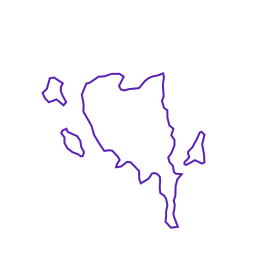 Culebra, Puerto Rico (Natural Earth projection), rotated 210°
{"feature_id": "32010507B36782575213222", "entity_name": "Culebra", "entity_type": "district", "adm_level": 2, "iso_a3": "PRI", "parent_name": "Puerto Rico", "parent_adm1": "", "projection": "natural_earth1", "projection_center": [-65.293, 18.314], "detail": "fine", "context": "isolated", "style": "outline", "palette": "violet", "viewbox_px": 256, "rotation_deg": 210, "n_neighbors": 0, "source": "geoboundaries", "source_scale": "gbopen_adm2", "svg_char_len": 2481}
<svg xmlns="http://www.w3.org/2000/svg" viewBox="0 0 256 256"><g transform="rotate(210 128 128)"><path d="M35.4,67.4L38.3,69.7L39.8,70.9L41.0,71.9L42.7,73.2L45.9,76.4L47.4,81.2L49.2,85.0L52.0,87.9L52.5,90.1L53.2,93.2L57.7,101.5L59.6,108.0L58.4,114.8L59.1,114.5L60.4,113.9L63.8,112.3L65.9,112.8L66.2,112.9L66.9,113.6L70.2,117.7L71.4,118.1L73.9,118.9L75.1,119.3L78.4,122.6L77.9,127.5L77.9,127.8L79.0,136.1L81.7,140.8L86.7,143.3L86.8,143.3L86.9,143.6L88.3,150.0L88.9,150.2L93.4,150.9L98.1,155.7L98.8,156.4L102.6,162.6L102.8,163.0L103.9,163.1L106.8,163.4L112.2,168.5L112.9,173.2L119.4,182.9L122.5,190.4L122.9,190.8L123.9,191.8L124.9,192.9L128.3,188.6L129.2,187.8L131.9,185.5L134.9,181.8L136.4,178.3L136.5,178.0L136.8,177.3L138.4,168.1L139.3,167.4L140.1,166.8L141.0,166.2L146.4,162.3L150.0,158.7L153.3,157.8L156.8,159.9L157.0,164.0L157.3,169.0L157.4,170.3L161.9,170.6L162.6,170.6L169.2,166.7L174.3,160.9L177.8,158.6L178.9,157.9L179.1,157.8L183.8,148.0L185.2,146.7L186.1,145.8L186.3,145.7L184.7,133.8L178.4,126.5L175.4,121.0L174.8,119.9L164.3,113.8L160.8,111.7L158.3,109.3L153.7,104.9L142.9,99.0L137.1,96.3L133.5,99.0L132.8,99.6L130.0,100.4L126.4,99.3L126.0,99.2L122.3,98.0L119.2,96.1L119.5,91.0L118.7,88.1L114.7,91.2L111.9,98.2L108.4,99.6L105.6,98.8L96.9,96.3L95.3,93.7L92.7,89.4L91.3,88.2L90.6,87.6L89.2,86.5L86.3,91.6L84.7,95.1L84.5,100.6L82.1,102.5L79.0,102.7L75.8,101.5L73.7,98.2L71.6,93.9L70.9,92.6L70.5,91.9L67.6,87.9L63.1,87.5L59.9,86.0L59.8,85.9L59.6,85.7L55.3,80.9L53.2,74.6L51.1,71.1L48.8,65.9L48.6,65.6L41.0,63.1L35.4,67.4ZM195.2,115.4L194.5,119.5L200.6,123.2L204.6,126.3L206.7,130.2L206.8,134.1L208.5,134.2L216.6,134.7L217.3,134.7L219.1,133.2L220.6,132.0L217.8,121.3L219.1,117.2L219.3,116.4L219.5,115.6L214.8,112.3L209.4,110.7L208.4,111.9L204.2,117.0L200.1,116.3L195.2,115.4ZM46.2,134.2L44.6,136.4L49.1,143.4L50.6,145.1L50.8,145.3L54.0,149.0L55.6,150.9L57.4,157.1L57.6,157.7L58.4,160.4L62.5,161.5L62.6,161.4L63.6,159.8L63.3,157.3L63.2,156.5L62.7,151.2L62.7,150.0L62.9,147.9L62.7,146.6L62.6,146.1L62.6,143.3L63.4,140.6L64.0,137.3L62.5,135.1L60.4,133.6L60.9,130.4L62.0,126.9L61.2,125.0L59.3,125.0L58.2,126.6L56.2,129.8L56.0,130.2L54.1,133.5L52.6,133.7L46.2,134.2ZM153.2,80.9L154.0,85.1L159.1,88.3L162.6,92.7L162.8,93.0L168.0,95.5L173.2,95.0L174.2,94.9L178.3,94.5L181.0,96.5L183.1,93.5L183.5,93.0L183.5,92.6L183.3,90.2L178.3,88.1L175.5,83.2L170.1,80.1L163.8,79.3L163.6,79.3L162.8,79.5L157.9,80.3L154.7,79.9L153.2,80.9Z" fill="none" stroke="#5b21b6" stroke-width="2"/></g></svg>